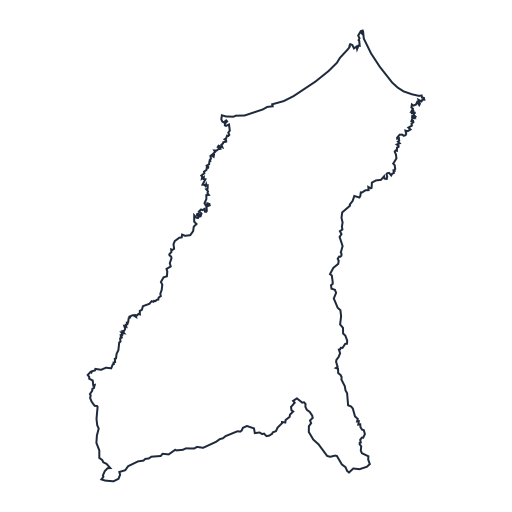 the district of Pemalang, Jawa Tengah, Indonesia
{"feature_id": "22746128B43122306499336", "entity_name": "Pemalang", "entity_type": "district", "adm_level": 2, "iso_a3": "IDN", "parent_name": "Indonesia", "parent_adm1": "Jawa Tengah", "projection": "natural_earth1", "projection_center": [109.395, -7.01], "detail": "fine", "context": "isolated", "style": "outline", "palette": "slate", "viewbox_px": 512, "rotation_deg": 0, "n_neighbors": 0, "source": "geoboundaries", "source_scale": "gbopen_adm2", "svg_char_len": 6061}
<svg xmlns="http://www.w3.org/2000/svg" viewBox="0 0 512 512"><path d="M118.5,478.8L120.1,474.7L119.3,472.0L125.3,470.2L128.1,466.2L138.0,461.4L143.5,460.6L145.3,458.9L148.7,458.5L151.4,456.7L160.7,456.0L162.6,453.8L168.7,454.4L175.2,449.8L176.4,450.4L182.8,449.8L185.9,448.4L194.2,448.5L197.0,446.9L203.1,447.8L216.1,441.8L219.8,439.1L222.9,438.3L225.6,436.1L237.4,431.3L240.3,431.6L241.7,430.5L242.9,427.8L246.9,426.0L254.0,428.4L254.8,433.1L259.6,432.5L262.2,434.1L264.0,433.6L266.5,436.1L269.3,435.6L272.2,433.7L272.7,432.4L276.0,431.1L277.5,427.7L282.1,423.1L282.0,422.0L285.3,422.5L285.6,420.0L289.6,416.9L290.0,414.6L293.2,411.5L291.5,410.3L291.0,407.0L294.7,402.7L293.1,400.9L296.9,398.4L302.2,402.6L304.0,402.3L305.5,403.9L305.4,406.8L306.8,409.8L309.7,411.9L312.2,415.6L312.7,417.9L310.0,420.5L311.1,423.2L308.9,426.2L308.8,432.0L313.3,439.6L318.6,444.4L327.1,455.9L330.1,456.8L335.1,455.6L336.9,456.0L341.8,464.4L345.5,467.2L347.1,470.9L349.0,472.5L353.3,468.5L359.5,469.2L366.8,466.8L369.8,464.1L368.2,459.6L368.4,456.3L361.9,453.2L360.8,450.7L361.2,446.3L359.6,444.2L359.7,442.8L360.8,442.5L360.2,439.8L361.9,437.6L363.2,437.7L364.9,434.1L363.8,430.2L362.1,429.7L360.5,427.3L360.2,424.3L358.3,424.6L358.8,421.2L357.1,421.4L357.8,419.0L355.0,416.4L352.8,408.5L351.1,406.5L348.1,405.3L347.1,393.2L345.5,390.4L344.8,386.2L341.4,379.5L341.6,377.0L340.5,374.9L338.2,373.1L338.0,368.8L335.9,368.0L337.6,366.9L336.1,361.8L336.4,359.9L338.5,357.2L340.1,353.3L338.9,349.6L340.1,349.4L340.8,347.8L342.5,347.9L345.2,343.9L347.0,343.7L347.2,340.6L345.3,335.6L343.1,333.5L343.0,327.9L340.1,324.4L341.1,316.3L340.4,310.2L337.7,307.8L333.8,298.5L336.1,292.8L334.9,289.8L331.5,288.7L331.0,285.3L332.7,283.8L332.7,281.9L331.8,275.5L330.0,274.1L333.4,267.8L338.2,263.9L338.7,260.8L337.7,258.8L339.1,256.6L340.4,256.7L341.4,255.7L341.5,253.7L340.8,252.5L342.6,246.1L339.6,236.9L341.5,234.1L339.9,231.2L342.4,229.5L341.9,226.6L342.6,222.5L341.5,217.9L342.2,212.4L350.0,205.7L349.8,204.5L352.6,201.0L354.3,196.0L359.4,197.5L360.3,196.0L360.8,192.4L362.0,192.5L365.4,190.3L368.6,190.1L368.3,187.0L370.8,188.3L371.6,187.9L371.9,182.6L376.0,180.4L380.9,179.9L384.1,176.3L384.5,178.6L386.7,179.0L387.2,176.5L386.4,174.3L387.2,173.3L389.1,172.9L391.2,175.4L392.1,173.8L393.9,172.9L393.5,170.6L394.6,170.7L394.4,169.7L395.2,169.0L394.7,165.2L393.2,163.6L396.4,158.5L396.0,154.7L394.7,151.7L395.6,150.4L396.9,150.8L397.0,147.6L398.5,147.0L398.6,145.9L396.8,144.5L399.7,143.3L397.9,141.6L399.2,140.7L398.9,138.2L397.2,138.7L397.1,137.7L399.7,134.7L402.4,134.7L403.7,135.8L405.5,135.2L406.2,133.9L405.4,130.6L407.6,131.2L410.5,129.5L408.4,127.6L411.9,125.6L411.5,123.5L413.4,122.2L413.1,121.0L411.5,121.0L412.3,118.4L413.7,118.3L412.1,117.3L412.1,116.1L413.0,115.6L414.8,117.7L415.6,116.7L413.8,115.1L413.9,113.6L415.5,112.5L411.8,113.2L411.7,112.2L414.1,110.3L411.5,111.3L412.9,108.7L411.4,107.5L411.9,104.5L413.3,105.6L415.9,104.6L417.2,102.0L419.2,105.1L419.9,103.7L418.5,99.8L421.5,101.4L422.3,99.8L424.3,99.7L423.9,97.9L422.0,97.5L421.6,95.5L419.1,95.9L412.0,94.3L403.6,91.4L397.7,87.6L392.2,82.6L379.8,66.8L371.1,53.5L363.8,38.6L363.2,32.7L362.4,34.0L361.7,33.3L362.1,30.7L360.8,31.1L358.2,35.6L359.5,38.2L358.6,40.1L359.2,40.7L359.7,45.8L358.5,45.6L357.1,49.1L356.6,46.5L354.0,48.4L352.4,45.1L350.2,44.2L349.4,46.0L349.8,46.7L348.1,49.0L339.9,57.9L336.9,62.8L328.5,71.1L315.4,81.6L293.6,96.1L283.7,101.1L272.2,104.3L272.7,106.3L267.3,106.9L262.9,109.4L244.6,115.5L235.8,115.7L233.5,116.7L226.1,116.5L221.9,115.3L221.3,119.3L222.4,121.7L223.7,122.4L226.2,120.4L227.1,121.4L224.9,123.7L224.9,125.4L226.0,125.9L229.0,124.5L229.8,130.6L228.3,132.7L229.3,134.9L228.3,136.0L227.1,135.6L226.1,138.4L224.6,139.3L226.1,140.3L226.2,141.6L223.2,142.3L223.0,143.5L221.4,144.7L222.4,147.3L218.6,145.7L217.8,147.0L220.1,147.9L220.4,148.9L218.6,149.0L216.5,150.6L214.3,150.5L215.2,151.8L212.5,154.4L214.0,154.8L213.6,156.8L211.4,155.2L210.4,156.0L211.0,158.6L209.7,160.1L210.3,161.0L209.4,161.6L209.1,164.3L206.8,165.6L208.3,167.0L208.0,167.8L206.8,167.4L206.5,169.9L204.0,171.7L204.4,173.2L201.3,175.6L202.2,176.6L201.9,178.6L203.8,177.2L203.6,179.0L205.4,179.3L202.5,184.7L204.6,184.9L205.5,186.0L206.2,184.1L206.6,185.5L207.7,185.3L207.6,188.7L206.2,189.2L208.0,191.3L207.5,193.3L208.8,194.9L206.3,195.2L206.4,198.9L204.5,203.2L205.9,205.6L206.9,205.6L207.3,203.3L209.4,204.0L209.7,205.3L206.5,206.6L206.8,210.9L206.2,211.8L204.9,211.6L204.5,208.9L202.5,210.1L201.0,209.5L199.0,211.5L201.5,213.6L200.6,216.3L199.7,216.5L199.4,214.7L198.2,213.6L197.1,214.1L197.0,215.1L198.7,216.4L198.0,218.0L196.4,217.7L194.2,215.3L194.2,221.7L196.5,224.0L193.8,226.6L193.1,231.2L190.2,235.2L185.0,235.8L182.1,234.6L181.7,237.4L179.3,237.7L174.8,241.0L173.5,244.2L174.1,248.8L172.5,249.9L171.2,249.4L171.4,252.0L169.3,254.3L169.5,255.4L171.1,256.5L171.5,258.3L169.8,263.1L170.7,266.5L166.5,268.9L167.3,271.5L166.9,276.3L163.6,277.3L160.9,282.0L162.3,284.6L161.7,289.9L160.3,293.9L160.8,296.1L158.6,297.6L158.3,299.6L156.7,299.8L155.5,301.1L154.0,300.8L153.5,301.8L151.6,301.2L149.4,303.8L142.9,306.2L141.9,309.8L139.8,310.9L139.9,314.4L138.4,313.9L137.1,315.4L135.5,315.1L136.0,316.9L133.0,315.1L129.5,316.6L130.0,317.6L128.7,318.2L128.1,322.5L126.9,322.6L127.3,324.3L125.7,324.7L126.3,326.8L124.3,326.1L125.2,328.8L124.1,330.9L122.4,331.2L124.0,333.1L121.5,332.6L122.5,334.0L120.9,335.0L121.9,335.7L120.9,336.5L121.7,337.6L120.1,338.4L120.5,341.6L119.2,342.5L118.4,350.1L116.6,353.8L116.0,358.4L114.8,358.8L115.1,362.1L113.6,362.5L113.8,364.1L112.8,364.3L111.2,368.3L106.0,367.7L101.1,369.8L95.4,368.9L95.0,370.4L91.8,371.3L91.4,372.5L90.6,371.9L87.7,375.0L89.2,376.9L89.2,378.7L92.7,380.5L93.3,385.5L94.7,385.0L93.9,388.0L92.4,388.8L92.2,390.8L89.9,394.1L90.7,395.4L90.1,398.0L91.7,401.8L94.6,405.8L97.0,406.0L97.6,406.9L96.5,418.8L97.2,425.2L98.7,428.6L96.9,435.5L96.4,442.9L99.3,450.4L99.3,457.9L102.3,460.1L103.3,462.3L106.6,463.9L110.3,468.1L107.6,468.2L104.8,471.1L102.9,475.5L103.4,476.8L101.4,479.4L105.2,480.6L113.5,481.3L118.5,478.8Z" fill="none" stroke="#1e293b" stroke-width="2"/></svg>